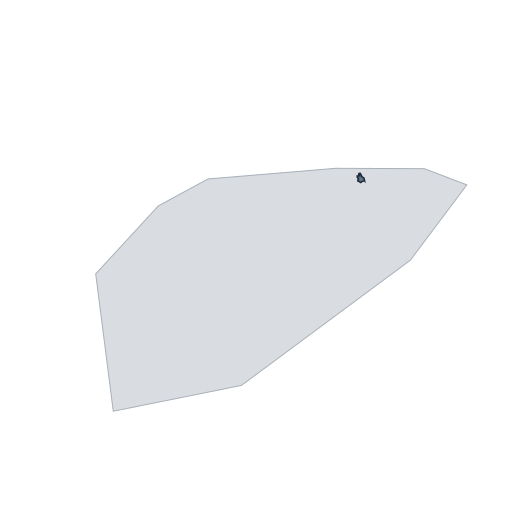 Bissee, Castries, Saint Lucia shown in context, rotated 51°
{"feature_id": "8701671B13263124861718", "entity_name": "Bissee", "entity_type": "district", "adm_level": 2, "iso_a3": "LCA", "parent_name": "Saint Lucia", "parent_adm1": "Castries", "projection": "orthographic", "projection_center": [-60.976, 14.022], "detail": "fine", "context": "in_parent", "style": "filled", "palette": "slate", "viewbox_px": 512, "rotation_deg": 51, "n_neighbors": 0, "source": "geoboundaries", "source_scale": "gbopen_adm2", "svg_char_len": 1166}
<svg xmlns="http://www.w3.org/2000/svg" viewBox="0 0 512 512"><g transform="rotate(51 256 256)"><path d="M347.4,348.7L286.8,464.6L169.0,391.8L155.6,300.3L165.9,244.8L238.0,138.9L294.1,70.2L333.4,47.4L356.4,138.7L347.4,348.7Z" fill="#d9dde1" stroke="#a8b0b8" stroke-width="1"/><path d="M265.9,124.3L265.2,123.9L263.3,123.0L262.4,123.4L262.2,123.4L262.1,123.5L261.8,123.5L261.7,123.5L261.4,123.7L261.1,123.8L260.8,123.8L260.7,123.9L260.3,123.8L260.2,123.7L259.8,123.4L259.7,123.3L259.5,123.2L259.4,123.2L259.3,123.3L259.1,123.3L258.4,123.1L257.2,123.0L256.7,123.9L256.7,124.0L256.8,124.2L256.8,124.4L256.9,124.5L257.0,124.7L257.2,124.8L257.3,124.9L257.4,124.7L257.5,124.7L257.8,124.5L258.1,124.7L258.3,124.8L258.9,125.1L257.7,126.9L257.8,126.9L257.9,127.0L257.9,127.3L258.0,127.4L258.2,127.5L258.5,127.7L258.7,127.8L258.8,127.9L259.0,127.9L259.2,127.7L259.3,127.7L259.5,127.7L260.0,127.6L260.3,127.6L260.5,127.7L260.6,127.8L260.5,128.2L260.6,128.4L260.6,128.5L260.8,128.6L261.0,128.8L261.1,129.0L261.3,129.2L261.7,129.5L262.1,129.7L263.1,128.8L264.2,128.7L264.7,128.6L265.0,126.3L265.8,124.3L265.9,124.3Z" fill="#64748b" stroke="#1e293b" stroke-width="1.5"/></g></svg>